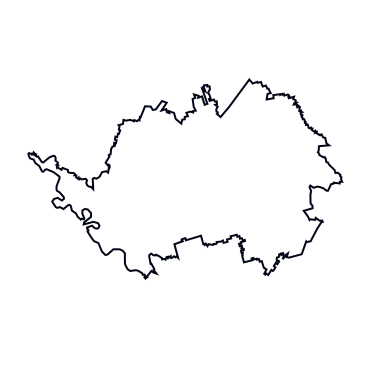 Acayucan, Veracruz, Mexico, rotated 345°
{"feature_id": "50627088B90009998079427", "entity_name": "Acayucan", "entity_type": "district", "adm_level": 2, "iso_a3": "MEX", "parent_name": "Mexico", "parent_adm1": "Veracruz", "projection": "robinson", "projection_center": [-95.057, 18.028], "detail": "fine", "context": "isolated", "style": "outline", "palette": "ink", "viewbox_px": 384, "rotation_deg": 345, "n_neighbors": 0, "source": "geoboundaries", "source_scale": "gbopen_adm2", "svg_char_len": 6010}
<svg xmlns="http://www.w3.org/2000/svg" viewBox="0 0 384 384"><g transform="rotate(345 192 192)"><path d="M237.5,110.6L237.2,108.4L232.6,108.6L232.5,106.6L234.2,106.5L233.9,101.9L233.1,100.4L235.9,97.5L236.3,94.5L234.0,94.0L234.4,92.6L231.1,92.1L230.6,93.5L229.3,93.6L229.2,94.8L230.6,95.1L230.9,98.2L228.6,95.6L229.7,110.8L226.8,111.0L226.4,102.2L222.4,102.5L223.3,100.8L219.2,98.3L219.5,101.9L216.7,102.3L215.7,110.0L216.6,114.4L213.9,114.1L213.7,115.4L211.1,113.9L207.1,114.1L207.6,117.7L204.4,117.6L203.8,119.9L201.3,119.6L199.4,123.2L195.2,117.3L195.1,111.0L190.5,107.8L190.5,109.9L188.3,108.5L188.5,105.3L183.7,105.4L190.7,99.2L186.6,96.4L178.3,102.9L175.4,102.6L174.3,98.8L168.8,97.1L161.6,106.7L161.0,106.2L160.0,108.8L159.7,108.2L157.3,109.4L154.9,107.6L154.4,108.7L150.9,106.3L146.8,106.0L144.5,104.6L142.9,108.4L138.6,108.5L139.2,109.2L137.5,112.8L138.6,113.8L136.5,116.9L135.6,116.5L134.0,119.6L132.3,118.7L131.1,121.5L132.6,122.2L131.3,125.1L129.6,124.3L129.0,125.9L130.0,126.3L129.4,127.5L126.9,127.6L125.9,128.6L124.8,129.9L123.2,134.4L121.1,134.9L121.3,136.5L116.2,141.3L117.6,144.5L118.5,143.9L119.2,144.6L119.0,146.5L118.4,147.5L118.0,146.9L116.0,151.6L114.5,149.8L110.3,149.5L106.5,153.5L103.0,154.4L101.2,153.1L99.5,153.6L97.3,163.7L95.8,160.9L94.1,160.3L92.5,158.4L92.2,155.8L93.6,153.6L92.8,151.8L88.5,151.2L87.8,150.1L86.3,150.6L86.3,148.6L84.9,149.3L83.9,147.9L84.5,146.2L83.0,145.6L83.9,145.1L82.8,143.2L78.4,141.6L77.5,140.8L77.8,138.6L73.2,135.2L71.7,136.8L68.5,133.4L67.9,133.7L68.0,132.0L68.8,132.6L68.7,131.4L69.5,131.3L68.7,130.4L69.6,130.1L70.0,128.7L68.2,126.4L69.1,124.1L68.9,122.2L67.7,121.1L63.4,121.6L55.8,125.0L54.6,124.0L52.5,117.8L51.5,117.9L50.5,116.8L51.1,115.5L49.9,115.5L50.4,114.8L49.5,113.1L49.0,114.5L47.2,114.5L47.2,113.6L46.7,113.9L44.7,112.2L43.8,112.8L43.8,114.8L44.2,117.5L47.4,119.7L48.2,123.5L51.2,127.4L52.5,133.4L53.7,133.9L56.4,132.3L57.8,132.6L63.4,137.0L68.0,142.8L67.6,144.5L62.6,151.5L61.8,154.6L61.8,155.7L64.1,158.2L66.7,163.4L66.7,165.3L64.2,166.6L60.7,162.9L56.9,163.0L54.5,165.1L56.5,171.3L57.7,172.4L60.7,172.5L63.4,175.2L69.0,172.7L70.5,172.8L71.3,174.2L71.2,178.9L74.4,182.7L75.1,186.2L77.4,189.8L78.6,189.3L80.4,190.5L81.1,189.7L80.5,184.2L81.4,181.4L84.2,180.7L86.7,181.8L89.0,186.1L88.0,189.9L80.0,193.4L79.0,195.3L89.1,195.3L93.2,197.8L93.9,200.5L92.5,202.5L91.1,202.9L88.7,201.8L86.8,198.7L81.5,199.1L81.2,200.0L82.1,201.9L81.7,202.9L80.9,202.9L81.0,203.7L83.5,211.4L84.7,214.1L88.4,217.2L89.6,226.1L91.9,230.3L94.0,230.6L101.3,227.0L107.4,228.7L109.9,230.8L111.3,233.8L108.8,243.3L108.8,245.8L109.9,250.0L111.9,252.3L117.5,253.0L119.7,254.2L122.9,257.6L123.1,259.3L124.9,259.6L125.0,260.7L123.9,262.1L124.5,263.3L124.9,262.6L125.4,263.2L126.8,262.7L126.5,262.1L132.3,257.8L134.1,260.0L136.5,261.6L134.7,257.3L135.7,256.8L134.1,250.5L133.4,250.6L134.0,242.7L134.8,241.6L136.7,241.0L138.3,243.1L139.6,243.6L140.9,243.2L141.2,244.0L142.4,244.2L145.9,248.1L145.7,249.3L148.0,249.5L148.9,250.5L150.0,249.1L150.9,249.6L150.8,248.3L152.1,248.3L152.0,249.4L154.8,248.4L154.3,251.1L154.8,249.8L155.6,250.4L158.0,249.5L159.0,250.8L160.4,250.2L161.5,251.9L161.5,237.9L170.2,237.2L169.6,236.0L170.2,236.0L170.2,235.0L173.7,234.9L173.6,237.1L189.4,236.6L189.4,245.4L191.4,245.3L191.0,246.5L192.4,246.2L193.0,248.3L194.6,246.7L198.6,248.6L199.6,247.7L201.6,248.6L202.8,247.7L202.9,246.7L207.4,247.4L209.3,246.9L209.3,249.3L213.5,249.3L213.5,246.9L217.8,247.0L217.8,244.8L224.2,244.9L224.2,247.0L226.4,246.8L226.3,249.5L229.0,249.5L228.3,249.5L228.3,251.9L230.5,251.9L230.5,253.1L226.2,253.1L226.2,254.3L225.4,254.3L225.9,254.7L224.1,254.3L224.1,256.6L226.2,256.7L226.2,259.1L225.1,259.1L225.4,259.9L227.3,260.6L227.0,261.5L224.1,261.4L224.1,263.8L225.4,263.8L224.5,266.2L224.0,266.2L224.0,273.4L232.4,273.5L232.4,271.6L234.1,271.6L233.6,273.2L237.3,273.2L237.3,274.2L239.3,274.1L239.4,276.9L241.5,276.8L241.8,283.8L243.9,286.0L240.6,289.7L241.4,290.8L242.6,289.9L244.1,291.9L248.5,287.8L249.7,289.2L250.6,288.8L253.1,286.3L251.9,284.7L254.5,282.3L255.8,283.9L258.2,281.6L257.9,280.9L255.9,280.8L257.0,277.3L259.0,277.3L260.2,274.7L262.3,274.6L262.0,276.0L263.0,275.8L262.9,274.5L264.2,274.6L264.4,275.8L263.4,279.1L262.7,279.6L263.0,279.9L266.6,276.9L268.7,276.1L266.6,279.4L268.7,280.5L281.9,280.5L289.6,269.2L290.1,270.1L293.8,270.3L303.5,259.8L308.9,254.9L310.6,254.7L310.4,253.3L307.9,252.8L304.8,249.0L303.8,250.8L298.9,248.9L298.3,249.4L297.7,245.7L295.1,239.1L304.3,238.9L304.8,236.5L303.7,234.0L303.9,232.3L305.7,225.2L307.3,222.0L306.8,217.5L307.5,216.8L308.0,216.4L310.5,219.4L314.5,219.2L317.0,220.4L319.8,222.4L322.5,225.7L323.7,226.0L328.3,220.5L331.1,220.5L331.3,219.7L337.0,222.0L337.4,220.4L339.7,221.0L339.3,218.1L340.2,216.5L339.2,214.8L339.8,213.8L337.8,211.1L335.5,210.8L335.4,207.7L331.5,201.1L331.0,198.8L329.5,197.8L329.8,194.0L329.3,192.6L328.5,193.0L324.5,189.2L324.8,188.0L323.9,186.2L325.1,184.8L326.5,180.6L336.5,182.4L334.5,179.9L334.7,174.2L332.8,173.2L332.1,169.9L330.5,170.4L330.1,169.5L329.5,169.6L327.7,167.5L328.1,166.4L327.0,166.6L327.5,166.1L327.0,164.7L325.8,165.5L323.8,163.2L324.7,161.9L323.7,161.7L323.6,160.6L322.2,161.0L321.3,160.1L321.3,157.1L319.6,156.8L320.2,155.9L319.0,154.7L319.9,153.9L319.1,153.2L319.5,152.0L319.0,150.5L317.9,150.4L318.1,149.1L317.4,148.2L318.6,146.4L317.9,146.0L317.5,146.9L317.2,143.9L319.1,143.5L318.2,142.7L318.4,141.6L316.6,141.5L318.2,137.8L317.0,136.1L316.9,137.3L315.6,137.5L315.4,134.0L312.9,133.9L313.7,132.8L315.9,132.5L315.1,132.0L315.9,130.4L313.8,128.3L315.2,126.4L309.8,126.5L309.6,125.2L310.9,124.9L310.5,123.4L309.9,122.7L306.1,122.8L306.1,121.0L304.8,121.4L304.6,120.6L302.3,121.1L302.4,120.3L295.6,119.5L295.1,122.6L288.0,121.9L290.4,116.8L293.6,116.9L292.6,111.9L291.5,111.7L290.9,108.3L287.6,108.4L287.1,103.6L283.6,103.5L283.5,102.5L278.7,102.9L276.5,98.2L249.4,119.8L239.0,127.0L236.3,123.1L237.2,122.8L237.5,121.7L236.5,120.6L236.8,118.5L238.9,116.2L237.0,113.8L238.9,113.7L239.3,110.8L237.5,110.6Z" fill="none" stroke="#020617" stroke-width="2"/></g></svg>